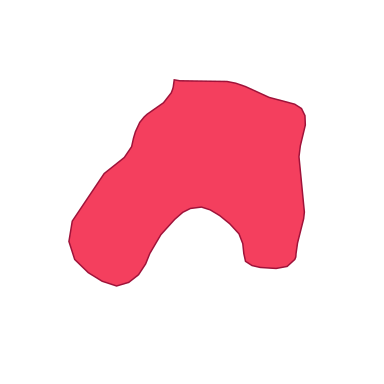 SVG path tracing the border of F.C.T., rotated 334°
{"feature_id": "PAK-1110", "entity_name": "F.C.T.", "entity_type": "Capital Territory", "adm_level": 1, "iso_a3": "PAK", "parent_name": "Pakistan", "parent_adm1": "", "projection": "equal_earth", "projection_center": [73.083, 33.648], "detail": "fine", "context": "isolated", "style": "filled", "palette": "rose", "viewbox_px": 384, "rotation_deg": 334, "n_neighbors": 0, "source": "natural_earth", "source_scale": "10m", "svg_char_len": 854}
<svg xmlns="http://www.w3.org/2000/svg" viewBox="0 0 384 384"><g transform="rotate(334 192 192)"><path d="M121.2,136.9L146.3,131.3L157.6,124.8L163.0,118.0L167.6,113.0L175.6,106.5L181.9,103.6L185.9,102.4L205.5,99.3L216.8,93.8L219.6,91.2L221.1,89.5L225.2,83.4L229.8,86.7L271.9,108.0L279.0,113.4L286.3,120.7L302.8,140.8L322.8,158.1L327.0,165.0L327.0,172.9L323.2,181.5L309.6,198.0L303.6,207.2L284.2,259.3L280.6,265.0L264.5,284.1L258.4,293.1L257.4,294.9L256.7,296.0L254.8,297.7L244.9,300.6L234.1,297.6L220.2,289.7L213.7,284.4L209.7,277.8L211.6,270.0L215.0,260.7L215.9,250.2L212.0,237.1L206.6,225.4L200.5,216.0L193.9,209.7L183.4,206.1L174.8,206.2L164.5,209.0L145.3,216.7L127.2,228.7L118.8,236.3L107.7,242.9L95.6,245.5L83.0,243.4L72.1,232.8L63.4,219.0L57.0,201.2L59.7,182.5L71.6,165.7L121.2,136.9Z" fill="#f43f5e" stroke="#9f1239" stroke-width="1.5"/></g></svg>